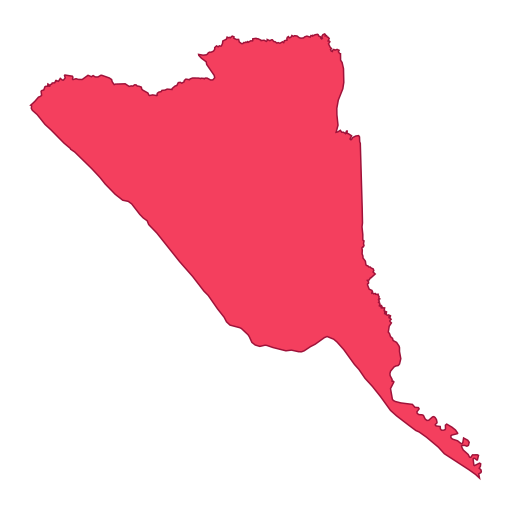 outline of Playas, Guayas, Ecuador
{"feature_id": "8360857B78942405683114", "entity_name": "Playas", "entity_type": "district", "adm_level": 2, "iso_a3": "ECU", "parent_name": "Ecuador", "parent_adm1": "Guayas", "projection": "orthographic", "projection_center": [-80.419, -2.59], "detail": "fine", "context": "isolated", "style": "filled", "palette": "rose", "viewbox_px": 512, "rotation_deg": 0, "n_neighbors": 0, "source": "geoboundaries", "source_scale": "gbopen_adm2", "svg_char_len": 5854}
<svg xmlns="http://www.w3.org/2000/svg" viewBox="0 0 512 512"><path d="M198.6,54.4L198.8,55.4L201.4,58.2L206.2,61.8L206.7,64.5L214.2,75.4L214.7,77.8L212.8,79.9L210.6,80.0L207.1,78.1L205.2,78.1L204.2,78.8L203.7,78.4L201.1,78.2L200.7,78.6L198.7,78.1L192.6,78.0L190.1,78.9L189.5,79.7L185.9,79.1L184.3,80.5L184.1,81.8L181.8,83.2L180.3,82.3L178.3,82.6L176.8,85.5L175.1,86.0L173.4,87.4L172.1,88.6L172.0,89.5L167.1,89.1L165.0,90.1L161.9,90.4L161.1,91.6L158.8,92.1L157.4,93.2L157.0,94.2L157.4,95.0L156.8,95.6L152.7,94.9L149.5,95.5L148.8,95.0L147.9,93.0L142.6,90.0L141.8,89.2L141.3,87.1L138.9,86.2L137.3,86.1L136.1,84.9L134.6,84.8L132.8,86.1L131.2,85.9L129.1,86.4L125.2,83.8L115.5,84.1L114.2,84.6L112.2,81.8L111.6,79.5L109.2,77.9L101.8,75.3L100.8,75.3L98.1,76.9L96.7,77.0L95.2,76.9L93.1,75.6L91.4,76.7L88.0,75.3L82.2,79.5L78.2,79.4L76.0,78.7L73.0,79.6L72.5,79.1L72.9,77.2L72.4,76.2L64.9,75.0L64.5,75.4L65.2,77.8L63.5,80.1L62.4,80.1L60.3,78.4L58.5,81.3L57.4,80.9L56.9,81.2L56.4,80.5L55.8,80.5L54.7,82.8L52.2,83.0L51.6,84.2L50.3,84.6L49.7,86.2L49.2,86.2L48.6,84.4L47.9,84.0L47.7,86.3L45.8,86.3L44.9,86.8L43.8,89.9L41.7,90.6L41.1,91.3L41.6,95.3L40.4,96.4L38.5,97.1L34.8,101.4L30.7,105.2L31.4,105.4L31.6,106.3L31.3,108.3L32.4,110.4L37.2,114.6L45.0,124.4L51.2,130.1L64.3,143.4L70.2,148.3L70.7,149.3L74.6,151.9L91.7,168.6L100.0,177.5L105.2,184.0L115.2,194.3L122.7,200.2L128.3,201.4L131.7,203.9L139.8,214.4L143.2,217.9L147.2,220.8L148.7,224.6L156.9,233.1L179.6,261.6L192.6,276.4L204.0,291.2L208.2,295.4L217.5,308.8L224.1,317.2L226.5,321.8L230.0,325.1L239.8,327.7L241.4,328.5L248.0,334.7L249.3,336.7L251.9,342.4L255.2,345.0L259.8,346.4L265.0,345.2L266.8,345.4L272.9,347.5L285.9,350.8L291.4,350.1L298.5,351.7L301.5,351.8L304.2,350.8L310.5,346.6L315.2,344.2L324.4,337.6L327.1,336.5L333.7,339.2L337.0,342.0L343.7,349.5L354.5,364.5L358.9,369.4L365.0,378.3L372.4,386.4L380.6,396.7L390.5,410.4L396.5,415.8L408.6,425.1L415.8,430.5L419.2,432.0L426.5,437.2L438.3,447.1L444.3,453.7L469.2,469.9L475.6,474.5L479.5,478.1L478.7,473.9L480.9,472.6L481.3,471.7L481.0,469.9L479.2,468.2L480.4,466.3L480.7,463.8L479.6,463.1L474.5,465.6L473.9,465.2L473.1,459.0L473.6,458.4L474.6,458.3L476.8,460.0L477.4,459.9L478.5,455.4L477.4,454.8L472.5,454.9L470.8,457.3L470.1,457.4L469.5,457.1L468.2,454.5L463.2,450.0L461.8,447.2L461.5,445.9L462.1,445.5L464.6,445.4L466.9,446.2L468.4,445.4L469.2,442.3L467.7,440.2L463.6,438.0L462.8,442.6L461.9,443.7L461.2,443.7L457.6,440.8L452.5,439.1L450.9,437.6L450.9,435.8L452.0,435.0L457.3,433.7L457.7,433.2L455.5,430.0L452.0,427.2L446.7,424.1L445.4,425.2L445.5,428.6L445.1,429.6L443.6,430.2L441.5,430.2L440.4,428.9L440.2,426.5L436.4,426.0L435.5,425.5L435.3,424.5L437.0,422.8L436.9,421.7L436.4,419.5L435.1,417.5L433.8,416.6L432.5,416.9L428.7,420.3L426.8,420.4L425.1,418.9L423.4,415.4L422.1,414.8L418.8,414.6L417.2,413.3L416.9,411.8L419.1,408.9L418.4,407.6L414.9,407.3L412.4,404.4L400.8,402.9L395.3,401.5L393.4,400.5L392.4,399.3L390.5,388.6L393.9,381.9L393.3,381.2L392.1,381.3L392.1,379.4L390.1,375.6L389.9,373.6L390.6,371.1L394.1,366.9L395.8,366.0L398.2,365.5L399.5,364.0L400.8,358.7L399.5,351.6L399.5,347.6L399.0,346.0L396.6,342.4L393.1,340.5L392.5,338.3L390.5,336.6L389.4,333.4L388.3,332.1L389.2,326.2L391.4,322.9L389.8,321.3L389.9,320.5L391.1,319.4L390.1,317.8L389.3,318.0L388.9,317.0L390.4,316.3L390.5,315.8L388.5,314.9L387.3,315.2L386.1,314.5L386.3,313.4L385.4,313.9L384.6,313.6L384.7,312.3L385.2,312.6L386.2,311.7L384.2,310.8L384.6,307.9L381.3,307.9L381.2,307.3L382.4,307.2L381.2,305.9L381.4,305.5L380.5,305.2L380.3,306.3L379.3,305.8L379.9,304.0L379.6,302.9L378.6,302.5L379.3,301.1L378.5,299.8L379.8,298.9L378.8,298.2L379.1,296.7L378.1,295.0L378.2,294.3L375.7,294.3L375.3,293.5L373.5,293.8L372.8,292.9L371.9,293.2L371.9,292.2L372.5,291.7L371.9,290.4L369.2,289.2L367.5,284.9L367.6,283.8L368.5,283.3L368.6,281.9L367.4,280.4L369.1,280.0L370.4,277.9L370.9,277.9L375.2,274.0L373.1,272.0L373.8,270.6L373.2,268.9L371.0,267.9L370.2,267.0L368.9,267.0L367.8,265.8L366.8,265.6L365.9,264.8L365.4,261.2L363.0,258.0L362.9,256.0L362.1,253.8L362.3,250.1L361.9,248.0L362.7,246.9L363.2,247.0L364.0,245.6L363.5,243.6L364.0,240.9L363.2,240.5L362.8,239.5L362.8,234.6L362.0,226.8L362.5,223.0L362.2,208.4L360.3,143.3L359.7,141.8L359.5,136.9L358.6,135.6L355.8,136.0L352.8,137.5L351.4,139.6L350.6,139.7L350.0,139.0L351.6,135.8L348.4,133.7L347.0,133.4L347.2,131.1L346.5,131.1L345.5,133.6L343.4,132.2L341.8,132.3L340.3,130.3L337.8,131.9L336.1,132.3L338.0,125.2L336.9,114.8L336.8,108.4L338.3,100.1L342.8,88.8L343.8,82.4L343.5,68.7L342.1,62.5L340.6,60.2L340.5,53.7L339.7,53.6L338.4,51.8L339.1,50.3L337.1,49.4L335.0,50.1L333.8,49.4L332.7,50.2L332.4,51.5L331.3,51.2L330.5,49.5L331.5,48.6L330.1,47.1L328.5,43.8L329.9,41.8L329.4,41.1L328.1,40.9L329.2,38.5L328.1,37.2L327.4,37.2L326.5,35.6L325.2,35.9L325.3,34.6L324.7,33.9L323.0,34.6L322.0,36.1L321.8,37.5L322.4,38.2L321.7,38.9L320.9,38.3L320.3,36.7L318.6,35.9L318.2,34.7L317.5,34.3L314.9,34.8L313.6,35.6L312.8,35.3L312.5,36.0L311.0,35.5L310.1,37.1L306.9,36.1L304.6,36.9L303.6,37.9L301.0,38.2L299.2,37.7L297.1,36.0L294.6,35.7L293.2,36.4L291.9,35.5L291.2,36.9L289.8,37.8L288.9,37.6L288.5,36.6L287.4,37.2L286.9,38.4L287.0,40.1L284.4,40.7L283.7,42.6L282.5,41.8L279.9,43.3L278.1,42.6L276.9,43.1L275.1,41.7L273.7,41.5L272.4,39.8L271.5,39.8L269.9,40.7L267.2,39.5L267.2,40.5L266.3,41.4L264.1,40.2L261.1,40.6L260.9,40.1L257.9,38.7L256.8,38.8L256.1,38.3L252.8,38.8L252.7,40.7L252.3,40.9L250.7,40.8L248.2,42.3L247.7,41.6L246.7,42.4L245.9,42.0L244.9,42.7L243.8,42.5L242.8,43.6L241.5,43.6L239.3,42.0L238.6,39.4L236.5,39.5L233.9,38.3L234.0,36.8L232.2,36.1L230.2,37.8L229.6,37.4L228.2,37.7L227.1,37.1L226.4,39.2L222.8,41.0L222.5,43.5L221.4,45.9L220.8,46.2L219.4,45.8L218.1,46.8L216.5,45.9L214.7,47.6L214.7,49.3L213.5,51.1L210.9,52.3L209.8,52.1L208.4,52.7L207.4,54.1L206.3,54.8L203.1,55.2L198.6,54.4Z" fill="#f43f5e" stroke="#9f1239" stroke-width="1.5"/></svg>